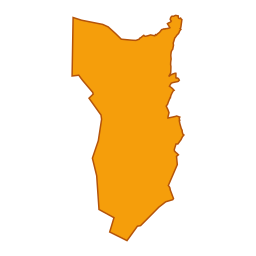 Ekwusigo, Anambra, Nigeria
{"feature_id": "59680162B99060674505372", "entity_name": "Ekwusigo", "entity_type": "district", "adm_level": 2, "iso_a3": "NGA", "parent_name": "Nigeria", "parent_adm1": "Anambra", "projection": "equal_earth", "projection_center": [6.858, 5.982], "detail": "fine", "context": "isolated", "style": "filled", "palette": "amber", "viewbox_px": 256, "rotation_deg": 0, "n_neighbors": 0, "source": "geoboundaries", "source_scale": "gbopen_adm2", "svg_char_len": 2343}
<svg xmlns="http://www.w3.org/2000/svg" viewBox="0 0 256 256"><path d="M73.1,17.5L72.1,76.0L78.8,75.2L81.0,78.3L83.2,81.1L92.7,92.3L93.2,94.1L89.0,98.2L101.0,115.0L101.6,119.3L98.3,140.8L92.4,158.2L96.7,175.8L99.0,209.5L114.0,217.7L109.7,232.0L127.0,240.6L137.4,226.2L140.6,225.6L153.7,212.4L158.9,207.1L165.7,201.8L172.7,199.7L173.5,198.6L170.3,190.1L170.1,189.0L169.7,187.4L168.3,185.5L173.0,174.6L177.3,164.6L176.5,156.3L178.4,154.8L177.0,153.4L175.9,152.5L174.4,150.9L174.3,149.5L174.7,148.2L174.9,147.5L175.5,145.7L176.0,144.0L177.8,144.0L181.0,139.7L182.4,136.8L183.9,135.0L183.0,134.3L182.4,132.7L182.4,132.3L182.2,131.8L182.2,131.5L182.2,131.0L182.2,130.8L182.1,130.4L182.0,130.1L181.9,129.8L181.7,129.4L181.3,128.7L180.2,124.9L179.8,123.5L179.5,121.7L179.4,121.4L179.3,120.9L179.3,120.6L179.8,120.2L179.4,119.5L179.3,118.2L179.8,117.1L176.7,116.0L175.5,116.4L171.4,117.3L168.0,118.0L168.0,117.7L168.0,116.8L169.0,112.7L167.9,109.7L166.2,106.1L167.6,104.2L168.2,102.3L170.1,97.7L170.4,97.7L170.5,96.9L171.0,95.2L172.0,93.0L173.1,91.1L173.4,90.7L174.1,90.3L172.7,88.8L171.6,87.8L169.4,86.2L171.1,83.3L172.8,82.6L175.1,82.1L177.5,81.6L178.3,81.3L179.3,80.2L178.6,78.9L177.7,78.1L177.3,78.0L176.2,78.1L175.9,77.5L175.9,73.3L175.2,73.2L173.3,73.8L171.0,74.8L168.7,76.5L170.5,73.3L170.7,72.6L170.8,71.2L170.9,67.9L170.9,66.4L170.6,64.6L170.7,62.1L171.1,59.1L170.8,55.2L171.2,51.9L171.9,50.2L172.7,49.3L173.5,45.2L173.2,43.1L173.9,40.9L174.8,37.8L175.1,37.7L177.1,34.9L177.9,34.2L178.7,33.2L179.1,32.3L179.6,31.1L179.9,30.5L180.9,29.4L180.2,28.5L180.5,28.3L180.9,26.9L181.9,19.6L181.2,19.1L180.6,18.1L180.4,18.2L179.9,18.5L179.4,18.5L178.8,18.3L178.4,17.8L178.2,15.9L176.8,15.6L175.8,15.4L175.4,15.4L174.6,15.8L173.4,16.3L172.6,16.2L171.9,16.2L171.5,16.5L171.1,17.0L170.8,17.5L170.5,18.1L170.2,19.4L170.5,19.9L170.9,20.6L171.3,21.0L170.9,21.7L170.7,21.8L169.6,22.6L169.2,22.7L168.6,22.9L168.1,23.2L167.4,23.7L168.5,25.4L169.9,27.7L169.0,28.1L168.3,28.3L166.9,28.6L165.9,28.6L165.2,28.9L164.8,29.1L164.1,28.8L162.6,29.4L161.7,29.6L159.5,32.4L157.2,34.1L156.5,35.0L155.5,34.6L154.8,35.8L150.5,34.9L147.8,35.8L145.5,36.3L144.5,36.1L143.8,35.3L142.4,36.3L141.3,37.3L140.3,37.9L139.6,38.3L139.2,39.2L135.9,40.4L132.0,40.2L121.3,39.2L115.8,33.8L108.2,26.9L102.7,24.4L81.5,20.2L73.1,17.5Z" fill="#f59e0b" stroke="#b45309" stroke-width="1.5"/></svg>